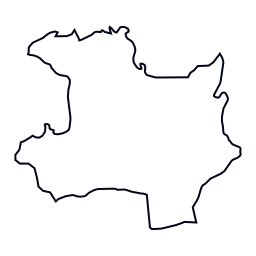 map outline of Gaoual (Mercator projection)
{"feature_id": "GIN-5639", "entity_name": "Gaoual", "entity_type": "Prefecture", "adm_level": 1, "iso_a3": "GIN", "parent_name": "Guinea", "parent_adm1": "", "projection": "mercator", "projection_center": [-13.344, 11.72], "detail": "fine", "context": "isolated", "style": "outline", "palette": "ink", "viewbox_px": 256, "rotation_deg": 0, "n_neighbors": 0, "source": "natural_earth", "source_scale": "10m", "svg_char_len": 2851}
<svg xmlns="http://www.w3.org/2000/svg" viewBox="0 0 256 256"><path d="M55.5,36.3L66.8,36.1L71.7,34.3L74.5,30.0L79.0,38.9L79.2,40.4L81.2,39.9L91.5,34.9L94.0,32.7L95.3,32.0L96.8,31.7L100.9,32.1L101.6,30.5L102.6,30.3L104.7,31.9L111.0,33.5L109.5,28.6L109.8,27.1L111.5,28.3L112.8,30.0L114.6,31.9L116.5,32.6L120.4,27.2L122.3,27.0L124.3,26.9L127.7,28.5L128.8,30.8L127.7,32.4L126.4,32.9L125.6,33.6L126.0,36.3L127.4,38.5L129.2,39.6L131.5,41.2L133.0,43.0L134.3,45.7L135.1,48.3L135.3,51.0L133.6,56.8L133.3,59.6L133.7,62.2L135.0,64.6L136.2,66.3L137.7,68.0L139.5,69.0L141.4,68.8L141.4,67.6L140.5,65.5L140.4,63.8L142.4,63.7L144.6,65.0L145.3,67.0L145.1,69.4L144.9,71.9L145.3,72.9L146.8,75.0L150.2,76.0L155.7,77.5L188.0,77.3L190.3,72.9L194.2,70.1L197.7,66.1L208.7,65.6L213.4,62.3L217.1,57.4L219.9,53.7L222.2,57.8L223.1,60.7L223.3,61.8L223.3,63.1L220.6,81.5L219.8,84.0L214.1,94.7L214.0,95.8L214.7,96.7L215.9,97.1L217.1,97.5L218.0,97.7L218.9,97.4L219.7,96.5L221.2,94.0L222.1,93.1L223.1,92.6L224.3,92.6L225.1,92.9L225.7,93.6L226.8,95.5L227.6,97.3L227.9,98.7L227.8,99.8L227.5,100.7L223.5,108.4L222.0,116.4L221.9,120.6L223.1,127.8L223.2,130.7L223.4,132.2L223.7,133.0L224.1,133.8L224.8,134.4L226.4,135.1L227.0,135.7L227.9,137.2L228.6,138.9L228.8,139.8L229.2,140.6L230.2,141.3L230.5,141.8L230.9,142.4L231.3,143.0L232.0,143.7L232.6,144.2L233.3,144.7L239.2,147.1L240.0,147.5L240.4,148.4L240.6,149.6L240.2,151.4L240.3,152.6L240.6,153.6L240.6,154.5L240.2,155.6L238.4,157.1L237.3,157.9L233.6,159.4L232.1,160.4L231.1,161.5L224.4,171.1L220.7,173.8L211.0,178.3L210.3,178.8L206.4,182.7L204.2,184.5L203.4,184.9L202.7,185.4L201.9,186.7L201.0,188.6L198.5,197.1L196.8,200.7L193.6,205.8L192.8,207.5L196.3,222.5L184.3,221.9L182.7,222.7L176.3,225.0L161.5,228.6L153.0,229.1L151.9,229.0L150.1,227.7L149.9,226.9L146.8,194.7L144.1,193.9L143.4,193.6L141.7,193.6L131.6,191.7L124.8,189.5L117.3,189.8L116.4,189.2L115.0,188.8L113.2,188.7L98.6,189.0L96.2,189.4L93.7,190.3L89.6,192.4L87.7,193.8L86.5,195.0L85.5,195.8L84.0,196.3L81.3,196.6L79.2,196.6L76.2,196.2L75.3,195.8L74.6,195.5L73.9,195.2L72.5,195.1L66.1,196.1L58.4,199.0L55.8,201.4L50.1,192.4L43.1,190.8L38.5,186.7L37.0,178.0L34.5,168.2L28.5,163.6L19.9,163.6L15.4,160.0L15.4,154.9L19.4,149.7L20.9,142.3L24.0,141.2L31.2,136.8L32.5,135.7L36.2,137.5L39.6,137.5L42.4,135.7L44.6,132.5L45.1,130.9L45.4,126.9L44.7,125.0L45.2,124.1L47.7,124.1L49.2,125.2L49.7,128.6L51.1,129.5L53.6,130.2L53.7,131.3L53.3,132.5L54.3,133.8L57.7,134.3L62.0,133.5L66.0,131.9L68.7,129.9L69.5,127.6L70.4,120.2L70.4,117.2L67.9,97.0L68.4,89.9L69.9,82.9L69.7,79.7L67.8,76.9L66.2,76.1L60.3,75.1L57.6,74.0L55.6,72.6L52.0,68.5L51.0,66.8L50.6,65.5L49.8,64.5L45.2,62.9L43.6,61.7L40.3,58.5L37.1,56.6L33.7,55.4L29.3,54.8L28.0,54.2L28.7,52.3L28.7,48.6L29.1,46.9L32.8,42.7L43.0,37.9L47.0,34.6L50.2,32.7L54.8,31.5L57.7,32.4L55.5,36.3Z" fill="none" stroke="#020617" stroke-width="2"/></svg>